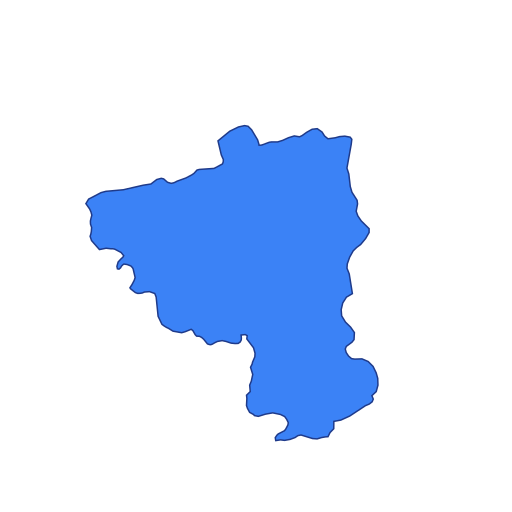 map outline of Portalegre (orthographic projection), rotated 30°
{"feature_id": "PRT-747", "entity_name": "Portalegre", "entity_type": "District", "adm_level": 1, "iso_a3": "PRT", "parent_name": "Portugal", "parent_adm1": "", "projection": "orthographic", "projection_center": [-7.639, 39.223], "detail": "fine", "context": "isolated", "style": "filled", "palette": "blue", "viewbox_px": 512, "rotation_deg": 30, "n_neighbors": 0, "source": "natural_earth", "source_scale": "10m", "svg_char_len": 2955}
<svg xmlns="http://www.w3.org/2000/svg" viewBox="0 0 512 512"><g transform="rotate(30 256 256)"><path d="M396.3,385.8L384.5,388.5L382.1,390.6L380.6,393.7L377.2,397.8L372.9,401.4L369.1,403.0L365.4,406.0L365.3,405.9L363.5,403.7L363.7,400.7L364.2,399.0L368.0,393.1L368.3,390.9L368.1,386.4L367.3,384.2L364.2,382.1L361.1,380.7L356.4,381.0L348.9,383.5L343.3,388.2L338.2,393.7L334.4,395.0L333.2,394.5L328.7,394.6L324.9,392.3L322.5,390.2L319.3,383.9L317.4,381.3L318.8,376.3L315.1,371.0L314.5,366.7L312.4,360.2L306.9,355.1L306.7,351.6L306.1,349.7L305.4,343.9L303.8,340.7L299.7,336.7L289.5,332.4L288.2,329.4L287.3,329.4L286.0,329.4L282.6,331.9L284.4,334.4L285.2,336.1L285.3,338.4L284.3,340.6L281.8,342.2L278.0,343.9L272.7,345.0L269.0,346.2L265.3,349.3L263.6,351.8L262.3,354.1L261.2,355.4L259.9,356.0L257.9,356.4L252.2,354.2L249.6,353.7L247.2,353.8L244.6,355.1L242.6,354.5L238.7,352.2L236.5,351.9L232.5,357.0L230.0,359.6L221.7,362.6L216.4,362.4L214.2,362.6L211.3,362.5L208.7,362.2L201.4,357.2L190.0,341.4L187.1,339.1L181.6,340.1L177.4,343.0L176.0,344.9L174.1,346.4L172.1,347.6L169.8,348.0L163.6,347.1L162.7,346.5L162.9,342.7L162.7,337.9L162.1,335.1L156.5,329.1L156.2,328.7L154.9,327.9L152.6,327.2L148.7,327.8L145.7,329.0L145.4,329.4L145.1,330.2L144.6,331.9L144.6,334.0L143.9,335.9L142.4,336.4L140.7,334.5L139.6,330.1L140.6,325.7L141.3,323.7L141.3,321.9L137.4,320.4L130.3,320.7L128.4,321.3L126.5,322.4L122.3,324.2L117.2,328.7L105.9,324.9L102.5,321.9L102.0,319.6L101.1,317.0L99.4,313.5L96.7,311.1L95.1,308.5L94.3,306.0L93.4,302.7L91.1,300.4L88.5,298.5L82.5,295.7L82.6,290.4L90.1,278.6L93.6,275.1L107.8,265.1L122.9,251.1L129.0,246.2L131.8,239.4L135.1,236.1L137.5,235.4L142.5,236.4L146.2,235.5L148.0,233.9L149.1,232.5L150.2,230.7L156.2,223.6L159.8,217.9L161.0,215.4L161.9,211.1L163.6,209.4L175.9,201.1L180.9,193.1L180.6,191.0L179.5,188.8L175.4,185.8L165.5,175.3L170.9,161.0L176.3,153.0L180.9,148.8L184.3,147.6L189.1,148.9L199.3,154.6L202.8,157.9L203.2,158.5L204.5,157.8L205.6,156.9L210.6,150.9L212.2,149.6L217.7,146.4L221.3,142.5L225.0,137.3L229.1,132.9L234.1,131.0L235.7,128.7L238.0,123.6L241.2,118.2L245.4,115.1L251.2,115.6L255.4,117.8L259.7,118.5L265.4,114.1L268.7,110.8L273.0,107.8L278.1,106.0L280.6,107.0L282.6,111.6L290.8,134.4L295.4,138.6L302.9,148.7L307.2,152.8L315.7,157.2L317.9,160.1L320.4,167.2L324.2,170.4L329.6,173.0L340.3,175.8L342.2,179.1L342.2,186.1L340.9,193.6L338.9,198.3L337.6,203.0L337.7,210.2L339.0,217.2L340.9,221.1L345.7,224.9L358.3,240.4L354.9,246.4L354.6,253.3L356.6,259.9L360.1,265.0L366.5,268.5L373.5,270.3L379.5,273.1L382.7,279.4L382.2,282.7L379.4,289.1L379.8,291.9L382.4,294.5L386.2,296.4L390.1,297.1L393.1,295.9L399.2,292.1L405.9,291.3L412.6,293.1L418.5,297.1L422.6,301.1L426.2,306.9L427.9,313.3L426.2,319.0L429.1,321.3L429.5,324.2L428.1,327.6L425.6,330.9L417.2,347.7L411.5,355.7L406.1,360.3L409.7,366.7L408.4,371.9L408.7,376.5L406.6,377.9L403.5,380.5L400.4,383.8L396.3,385.8Z" fill="#3b82f6" stroke="#1e3a8a" stroke-width="1.5"/></g></svg>